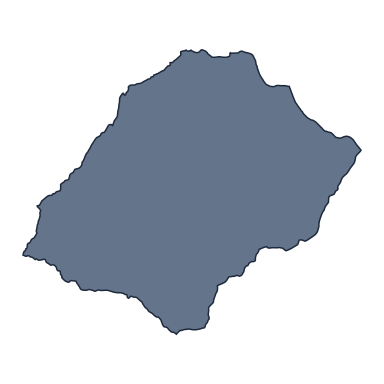 El Espino, Boyacá, Colombia
{"feature_id": "7082276B84809079779557", "entity_name": "El Espino", "entity_type": "district", "adm_level": 2, "iso_a3": "COL", "parent_name": "Colombia", "parent_adm1": "Boyacá", "projection": "natural_earth1", "projection_center": [-72.481, 6.507], "detail": "fine", "context": "isolated", "style": "filled", "palette": "slate", "viewbox_px": 384, "rotation_deg": 0, "n_neighbors": 0, "source": "geoboundaries", "source_scale": "gbopen_adm2", "svg_char_len": 5874}
<svg xmlns="http://www.w3.org/2000/svg" viewBox="0 0 384 384"><path d="M361.0,150.4L360.5,149.5L356.6,144.7L353.0,139.5L350.2,137.3L348.6,136.7L347.2,136.3L345.9,136.3L343.8,136.8L341.7,137.7L340.5,138.1L338.1,137.9L335.5,137.2L333.2,134.6L331.3,132.9L329.4,132.2L328.5,132.2L326.1,131.2L325.2,131.4L322.7,129.2L322.5,128.7L318.3,124.5L315.8,122.1L314.4,121.1L313.0,120.3L310.8,119.8L307.5,117.8L303.9,114.2L303.0,113.1L302.6,112.1L302.1,111.4L301.3,110.9L300.0,108.7L299.1,107.7L295.3,102.1L293.5,97.8L289.2,86.3L288.0,86.5L287.7,86.2L285.1,85.7L281.1,85.7L277.6,85.4L276.1,85.7L274.4,86.5L273.6,86.7L270.1,86.3L266.5,84.6L265.5,83.6L263.7,81.2L262.8,79.6L261.6,78.0L259.5,74.2L257.3,68.1L257.2,66.9L256.9,65.9L256.1,64.5L255.6,61.0L253.2,56.0L252.6,55.1L251.2,54.0L248.2,53.0L243.9,52.0L243.0,51.5L241.6,51.1L239.8,51.6L238.4,52.8L236.8,53.1L234.4,53.1L233.4,53.2L232.3,53.1L231.8,53.3L231.1,53.2L230.4,52.7L230.0,53.2L229.8,55.8L229.4,56.3L227.3,57.1L225.4,57.3L222.7,57.2L219.5,56.7L214.5,57.3L212.1,57.2L210.7,56.0L208.3,54.2L207.7,53.6L207.3,52.8L206.4,51.9L205.1,50.9L202.1,49.8L201.5,49.8L200.9,50.2L200.4,50.5L200.0,51.3L199.2,52.0L198.0,52.5L196.4,52.6L194.4,52.2L194.1,51.9L192.3,51.1L190.9,50.1L189.7,51.0L189.1,51.0L187.9,51.1L187.3,51.0L186.5,50.3L186.0,50.1L184.4,50.8L182.4,51.1L180.8,51.7L180.6,52.3L180.8,53.0L180.7,53.7L180.8,54.5L180.6,55.4L175.8,59.7L174.2,60.8L172.4,62.6L170.1,62.6L170.2,65.3L167.5,66.2L166.7,67.3L165.7,68.2L164.2,70.1L163.3,70.7L162.4,70.8L157.6,73.7L156.9,73.8L156.4,74.2L153.8,75.1L153.3,76.5L151.1,77.1L150.1,78.7L149.6,78.9L147.8,79.2L146.9,79.9L144.0,81.4L141.1,83.2L136.9,83.9L134.6,85.0L131.6,85.0L130.1,85.3L129.0,86.1L128.3,87.1L128.6,88.1L128.0,91.0L126.1,92.9L125.9,94.1L125.3,94.9L124.4,95.1L123.5,93.3L122.6,93.4L120.4,96.5L119.6,98.5L119.6,100.1L119.4,102.7L118.9,105.3L118.8,107.3L117.9,111.2L117.3,116.5L116.1,118.4L114.3,120.8L112.6,125.5L111.4,124.6L110.2,124.5L108.8,125.0L108.0,126.1L105.4,130.8L104.1,132.4L102.6,132.6L101.2,133.4L100.6,135.1L99.7,136.0L96.7,137.6L95.4,139.1L91.9,144.4L89.5,149.1L88.7,150.2L87.8,152.0L86.4,153.6L85.1,156.3L84.0,159.4L83.0,161.2L82.1,162.3L81.8,165.0L81.3,165.8L80.4,167.0L79.0,168.2L75.0,169.3L74.3,170.2L73.8,171.3L73.0,172.6L71.4,173.4L70.4,174.1L69.8,175.2L69.3,177.4L68.7,179.3L67.6,180.0L66.4,180.2L65.0,180.6L64.0,182.0L61.2,183.8L60.6,184.8L60.7,188.0L60.4,190.3L59.6,191.0L57.2,191.5L56.1,192.0L55.5,192.8L54.5,193.7L53.6,193.6L52.6,194.0L51.8,195.4L49.3,195.4L47.7,196.1L45.5,197.8L41.8,201.0L39.5,205.3L37.2,205.8L37.3,206.6L39.5,208.7L40.6,210.4L39.9,213.0L40.1,215.6L39.3,218.9L38.3,221.1L38.0,223.7L37.4,224.7L36.9,228.2L36.3,230.6L36.4,231.8L36.8,232.8L36.8,233.4L35.5,235.7L33.9,238.1L32.5,238.7L31.6,239.4L31.1,240.1L30.5,241.7L29.6,242.7L28.4,243.2L27.7,243.8L27.3,244.9L27.1,247.6L26.8,248.2L25.7,249.0L25.3,250.7L24.3,251.3L23.7,252.2L23.0,255.1L25.8,256.3L26.5,256.2L27.9,255.7L29.2,255.9L29.7,256.5L30.2,256.8L32.3,257.3L34.5,258.9L35.2,259.6L35.4,259.6L36.1,259.0L36.5,258.9L36.8,259.0L37.8,259.8L38.8,260.2L39.6,260.2L42.8,259.6L44.2,259.1L45.0,259.4L45.4,260.0L46.3,262.2L46.6,262.5L48.4,263.5L50.5,265.1L51.3,265.1L52.3,264.8L52.8,264.8L53.4,264.8L54.4,265.3L55.3,266.0L56.0,266.9L56.3,267.4L57.0,269.7L57.7,270.6L58.2,270.9L59.4,270.8L60.0,271.1L60.2,271.4L60.5,274.2L61.9,276.2L61.8,277.6L63.5,279.5L65.5,281.2L68.0,282.2L69.1,282.1L70.3,280.9L71.3,280.6L75.8,281.1L76.1,281.3L76.6,282.7L79.3,286.6L80.3,288.6L81.0,289.4L82.0,289.9L83.8,290.2L85.9,290.3L87.1,290.1L88.6,289.6L89.3,289.5L92.3,290.2L95.0,291.3L98.5,289.9L100.4,290.4L101.4,290.5L106.8,290.2L108.0,290.4L113.9,292.2L117.8,292.8L120.6,292.7L122.0,293.2L123.0,293.1L124.9,294.4L125.4,294.6L126.6,294.6L127.0,294.9L127.2,295.7L127.3,297.2L128.3,298.2L129.0,298.0L130.4,296.6L131.0,296.2L131.4,296.2L132.7,296.8L133.6,297.1L135.6,297.2L136.6,297.5L137.1,297.8L140.4,300.9L141.8,301.9L142.8,303.9L144.9,307.1L145.8,308.0L147.3,309.1L148.1,310.5L148.6,311.1L149.9,312.1L152.4,313.5L154.2,315.4L156.0,316.7L156.8,317.1L158.0,317.0L159.2,317.9L160.6,319.5L161.0,320.2L162.6,324.7L163.3,325.9L164.1,326.8L166.0,327.1L167.3,327.7L169.2,330.0L171.2,331.9L174.0,332.4L176.4,334.2L176.7,333.7L180.0,330.5L180.7,330.4L181.1,330.6L184.0,329.6L189.1,329.0L191.9,329.6L194.3,329.8L197.2,329.6L201.0,328.7L202.3,328.1L203.9,328.0L204.6,327.6L205.1,326.6L205.5,325.0L205.9,324.2L207.3,322.5L208.1,320.3L209.1,319.0L209.2,318.0L208.4,315.4L208.3,314.5L208.3,313.6L208.7,310.5L208.6,308.1L209.1,306.7L212.8,303.1L213.4,302.0L213.8,299.4L215.4,294.9L215.8,293.6L216.8,292.0L217.2,290.9L217.5,289.3L217.6,287.9L217.4,285.6L222.1,283.6L224.7,282.3L225.6,281.7L226.8,280.1L228.7,277.1L229.1,276.9L231.3,276.6L232.5,276.3L234.4,276.3L236.3,275.5L237.1,275.4L239.6,276.2L241.5,275.3L242.5,273.9L243.8,271.6L244.5,268.3L245.8,266.4L247.8,265.5L248.4,264.7L248.6,263.8L249.1,263.2L251.5,261.5L252.9,261.7L253.9,261.5L255.0,260.9L255.2,260.7L255.4,260.1L255.4,257.7L256.3,254.4L257.6,253.0L258.6,251.2L259.2,249.2L260.1,249.1L261.4,248.4L264.4,247.2L266.9,246.7L267.3,247.6L269.1,248.1L272.4,247.7L277.2,247.8L279.0,247.5L279.7,247.6L280.7,247.9L282.1,248.0L282.6,248.2L285.4,250.5L286.0,250.7L286.6,250.6L290.5,248.9L297.5,244.7L297.9,244.2L299.1,240.4L299.8,239.9L301.8,240.0L303.4,240.5L304.7,241.1L305.3,241.1L307.2,240.2L310.8,237.8L314.9,234.9L316.3,233.4L317.3,231.9L318.4,228.4L318.9,226.3L318.9,223.7L319.4,221.2L319.7,219.9L321.6,214.5L322.5,212.4L324.2,209.9L324.7,208.0L325.6,206.1L328.4,202.5L328.8,197.2L329.6,196.2L330.2,195.8L334.0,194.3L335.7,191.1L337.4,190.0L337.8,189.3L338.0,188.6L338.0,188.2L337.7,187.2L338.1,185.7L339.9,183.3L340.6,181.9L341.5,179.3L342.1,178.2L343.2,176.7L346.7,173.6L348.7,170.8L350.2,168.3L353.8,163.6L354.6,162.0L354.8,160.7L355.1,160.3L355.4,157.9L355.7,156.8L356.3,155.7L357.3,154.4L359.7,152.0L361.0,150.4Z" fill="#64748b" stroke="#1e293b" stroke-width="1.5"/></svg>